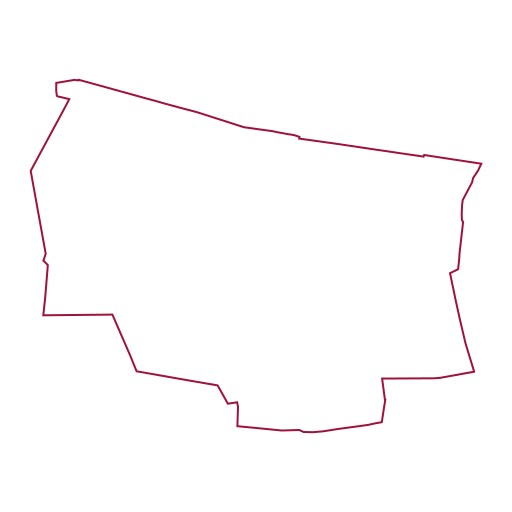 the district of Aloja, Alojas, Latvia
{"feature_id": "27541924B23831507803085", "entity_name": "Aloja", "entity_type": "district", "adm_level": 2, "iso_a3": "LVA", "parent_name": "Latvia", "parent_adm1": "Alojas", "projection": "robinson", "projection_center": [24.879, 57.768], "detail": "fine", "context": "isolated", "style": "outline", "palette": "rose", "viewbox_px": 512, "rotation_deg": 0, "n_neighbors": 0, "source": "geoboundaries", "source_scale": "gbopen_adm2", "svg_char_len": 1314}
<svg xmlns="http://www.w3.org/2000/svg" viewBox="0 0 512 512"><path d="M243.8,127.2L196.7,112.1L180.7,107.9L164.8,103.6L155.8,101.0L145.7,98.3L90.8,83.1L78.7,79.8L78.5,80.4L74.4,79.9L56.3,82.9L56.2,90.5L56.8,95.5L57.0,96.0L58.0,96.5L60.0,96.9L69.3,99.1L68.9,99.9L62.8,111.4L48.0,138.8L30.7,170.9L38.3,212.9L45.7,253.7L43.4,260.8L44.3,261.4L47.8,265.1L47.8,265.4L45.2,297.5L44.1,307.6L43.3,315.3L112.4,314.6L130.4,356.0L136.6,371.3L193.7,381.3L217.6,385.4L227.9,403.7L237.1,402.3L238.0,406.7L237.7,416.4L237.4,426.2L259.5,428.3L281.7,430.5L299.2,430.0L303.6,432.0L312.9,432.2L322.4,431.4L330.4,430.2L338.5,428.9L354.3,426.8L368.1,424.9L375.4,423.3L381.8,422.2L383.5,410.9L385.3,399.7L384.9,399.6L382.1,378.5L396.1,378.5L433.8,378.3L439.8,377.9L474.1,371.7L474.0,371.2L465.5,343.3L459.7,318.6L455.2,298.1L453.3,288.7L452.5,285.2L450.6,275.8L450.0,273.2L458.1,269.2L459.2,259.0L459.5,253.8L459.6,252.7L463.1,222.0L461.9,220.0L461.7,213.5L462.1,205.0L462.7,200.1L472.1,182.3L473.1,178.0L478.0,170.7L481.3,163.7L453.6,159.5L424.1,155.0L423.6,156.6L398.7,153.0L390.1,151.7L372.8,149.2L333.2,143.3L326.4,142.4L317.3,141.1L299.2,138.6L299.4,136.8L296.5,135.9L293.7,135.0L290.3,134.5L287.0,134.0L283.0,133.2L278.9,132.5L275.8,131.9L272.7,131.2L258.2,129.2L243.8,127.2Z" fill="none" stroke="#9f1239" stroke-width="2"/></svg>